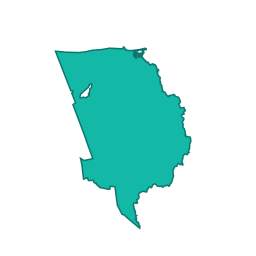 the district of Whakatane District, Bay of Plenty, New Zealand, rotated 339°
{"feature_id": "76426892B18513134445034", "entity_name": "Whakatane District", "entity_type": "district", "adm_level": 2, "iso_a3": "NZL", "parent_name": "New Zealand", "parent_adm1": "Bay of Plenty", "projection": "robinson", "projection_center": [176.996, -38.343], "detail": "fine", "context": "isolated", "style": "filled", "palette": "teal", "viewbox_px": 256, "rotation_deg": 339, "n_neighbors": 0, "source": "geoboundaries", "source_scale": "gbopen_adm2", "svg_char_len": 5743}
<svg xmlns="http://www.w3.org/2000/svg" viewBox="0 0 256 256"><g transform="rotate(339 128 128)"><path d="M103.0,225.7L103.3,225.3L104.0,223.7L103.4,222.3L104.0,220.2L103.6,219.6L102.7,219.2L102.8,217.1L102.1,216.2L102.9,216.1L103.4,215.7L103.6,215.2L103.3,213.9L103.7,213.4L104.6,213.0L104.1,212.6L103.9,212.0L104.3,210.9L104.4,209.8L104.8,209.2L105.0,207.2L104.4,206.6L105.1,205.2L104.9,204.0L105.0,203.5L105.5,202.9L105.4,202.3L105.5,201.3L106.0,200.7L107.6,200.2L108.7,201.4L110.0,201.3L110.3,200.7L110.0,199.6L110.3,199.0L110.2,198.3L110.8,197.9L111.5,198.1L112.6,197.7L113.8,196.1L113.5,195.3L113.8,194.8L113.8,194.0L114.8,193.1L115.5,193.0L116.7,192.4L118.1,192.6L118.9,192.3L119.5,192.5L120.5,193.4L121.4,193.5L122.0,194.3L122.5,194.4L124.1,192.2L125.2,191.9L126.1,190.8L127.8,190.8L128.3,192.1L128.6,192.2L130.9,189.9L132.5,189.6L133.6,190.3L134.5,192.7L136.8,194.0L138.4,194.3L139.2,195.7L139.7,195.7L141.4,195.0L143.1,195.5L144.3,195.4L144.6,195.7L144.9,196.7L145.3,197.0L145.8,196.9L148.0,194.9L148.9,194.8L150.8,192.4L151.3,191.4L152.9,189.8L153.5,188.5L153.7,186.4L154.2,185.7L154.5,184.5L155.7,182.5L156.8,182.0L157.5,180.9L158.3,180.8L159.2,181.2L159.8,181.2L160.5,180.6L161.5,179.3L162.5,179.0L163.1,180.2L163.7,180.9L164.8,180.5L165.2,180.6L165.5,180.9L165.4,182.0L165.9,182.2L166.2,181.6L166.4,178.9L166.9,177.8L168.5,175.7L169.1,174.1L170.7,173.1L171.9,172.6L172.3,172.7L173.1,173.8L173.9,174.0L175.2,172.8L176.4,172.7L176.4,172.4L175.9,171.8L176.3,170.8L178.0,169.5L179.9,165.0L181.4,163.7L181.6,162.9L182.1,162.5L182.2,161.6L182.6,160.6L182.7,159.1L182.5,158.5L180.7,157.7L179.9,156.8L179.1,156.7L178.7,155.6L178.9,155.2L179.4,155.0L179.6,153.1L180.1,152.0L180.2,148.7L179.8,147.8L179.7,146.6L180.9,144.2L180.6,143.5L180.7,142.7L181.3,141.5L183.2,140.0L183.5,139.1L183.1,138.2L182.4,137.2L182.3,136.2L182.7,135.3L183.7,134.7L184.8,135.2L185.5,134.9L185.5,133.0L185.9,132.8L187.6,132.4L187.8,131.3L187.7,130.6L187.3,129.8L187.6,128.9L185.4,128.4L184.6,128.5L183.9,127.8L184.2,125.9L183.9,123.8L184.1,123.5L185.3,123.3L185.6,122.8L186.5,122.0L186.3,121.0L186.5,120.3L186.4,119.4L186.2,118.7L186.4,118.0L186.1,117.4L183.9,115.7L183.5,114.9L183.3,113.8L182.8,113.0L181.8,113.2L180.1,112.9L179.4,113.0L178.2,112.4L178.1,112.5L177.5,113.3L176.5,112.8L176.5,112.2L175.8,111.0L175.4,109.5L175.6,108.9L175.5,108.4L175.0,107.8L174.2,106.6L173.3,106.4L173.0,105.9L174.0,105.0L173.9,103.7L174.2,103.0L173.9,102.6L174.2,101.8L174.6,101.5L174.7,100.5L174.6,99.8L174.3,99.5L174.3,99.2L173.8,98.8L174.4,97.8L174.4,97.1L174.9,96.8L174.8,94.5L176.0,93.2L175.8,92.7L176.0,92.2L176.0,91.7L175.4,90.8L175.2,90.1L174.8,89.9L175.1,87.8L175.5,87.3L175.6,86.8L175.2,85.5L177.0,85.5L177.0,85.2L177.4,84.9L177.2,84.2L176.1,83.1L176.1,82.6L176.3,82.1L176.1,81.5L176.4,81.1L176.1,80.2L176.3,79.9L175.9,78.6L175.6,78.2L174.3,78.2L174.1,77.7L174.2,76.9L171.9,76.9L171.9,77.2L171.0,77.2L171.0,76.6L170.4,75.9L170.7,74.9L170.6,73.9L169.9,73.7L169.5,73.9L169.2,73.8L168.7,72.8L168.7,72.0L168.3,71.8L168.4,71.2L168.0,70.8L167.8,70.1L167.0,69.2L167.1,68.8L167.4,68.6L167.4,68.4L166.3,67.4L166.7,66.7L166.7,65.5L167.1,65.3L167.1,65.0L167.6,65.2L168.0,64.8L167.4,63.1L166.6,63.1L166.4,63.0L166.3,62.7L166.1,62.9L166.2,63.2L166.3,63.1L166.2,63.4L165.7,63.3L165.3,62.8L164.9,63.1L164.9,64.1L165.4,64.4L165.5,64.8L165.4,65.3L165.5,65.4L165.4,66.0L165.1,65.6L165.1,65.1L164.8,64.8L164.2,65.4L164.1,65.9L163.4,65.8L163.5,65.4L164.0,64.9L164.3,64.4L164.1,63.9L163.7,64.2L163.4,64.2L163.7,64.0L164.2,63.2L164.3,62.1L164.0,62.4L163.3,62.4L162.9,62.6L163.0,63.1L162.5,62.5L162.1,62.7L161.9,62.4L161.1,62.1L161.1,62.4L160.8,62.5L160.9,63.5L161.3,64.0L161.4,63.9L161.6,64.7L160.8,64.3L160.8,64.9L160.4,65.0L160.2,65.3L160.3,65.4L160.3,65.5L160.2,65.4L160.3,65.0L160.1,64.7L159.9,65.1L160.0,63.2L159.2,63.0L159.5,62.5L159.2,62.1L159.2,61.8L159.4,61.5L160.1,61.5L160.3,61.0L160.6,60.3L160.2,59.8L160.5,59.1L160.8,59.1L161.0,58.8L161.3,59.2L161.7,59.1L162.0,58.4L162.0,58.8L162.7,59.2L163.0,58.7L163.4,58.7L163.9,58.9L164.3,59.4L165.1,59.2L166.2,59.2L168.1,59.9L168.9,60.5L173.2,61.3L173.4,60.7L173.1,60.1L172.2,59.6L167.2,59.0L159.6,57.1L159.4,57.2L158.7,56.8L156.4,55.9L153.9,54.4L153.8,54.2L154.2,53.8L154.1,53.6L154.1,53.8L153.8,53.7L153.3,53.3L153.4,52.7L153.6,52.6L153.7,52.4L153.3,52.0L153.3,51.6L153.1,51.5L153.1,51.1L152.8,51.2L152.7,51.3L152.6,50.9L152.4,50.9L151.9,52.1L150.5,51.8L139.5,46.9L131.9,45.4L122.3,42.6L114.8,41.5L108.8,39.8L97.2,35.0L87.8,30.3L88.0,72.6L89.0,73.2L89.9,73.9L88.7,74.9L88.7,75.4L88.3,75.0L88.0,75.2L88.1,85.7L85.0,86.4L84.7,124.2L84.5,125.4L84.2,144.0L75.3,142.6L72.8,139.3L71.9,145.1L68.2,159.8L72.3,160.0L72.2,162.3L72.4,163.0L77.2,164.6L76.6,166.4L77.7,167.9L78.7,168.3L78.3,169.4L79.1,170.6L79.0,170.8L80.3,172.7L80.1,173.3L88.5,178.6L88.7,178.4L89.5,178.3L89.6,177.5L90.3,176.5L90.4,176.0L94.8,178.1L90.4,196.3L91.5,206.4L93.5,208.1L95.2,211.8L103.0,225.7ZM107.1,73.9L109.3,73.4L109.9,74.4L108.1,77.4L106.6,77.6L105.1,80.4L104.5,80.8L104.1,81.9L103.7,81.9L103.9,82.2L103.8,82.4L103.9,82.6L103.4,82.8L103.5,83.0L103.5,83.6L103.0,83.4L102.8,83.6L102.8,83.8L102.4,83.9L102.5,84.0L101.8,84.0L101.0,84.5L99.4,84.5L99.4,84.3L98.1,83.9L97.2,83.1L94.4,83.0L94.0,82.1L95.8,79.5L105.7,75.7L106.5,74.6L107.5,74.3L107.6,74.0L107.1,74.0L107.1,73.9ZM169.8,61.8L169.5,61.8L169.2,62.0L169.4,62.0L169.3,62.3L169.2,62.1L169.2,62.3L168.7,62.3L168.8,62.2L168.2,62.0L168.7,62.5L168.5,63.2L168.0,63.4L168.1,64.0L168.4,64.1L168.6,63.8L168.9,62.9L169.2,63.7L169.9,63.4L169.9,62.1L169.8,61.9L169.7,62.0L169.5,61.9L169.8,61.8ZM161.5,59.7L161.0,59.8L160.9,60.1L161.1,60.3L161.2,60.1L161.5,60.1L161.8,60.8L162.4,60.5L162.5,61.0L163.1,60.8L163.3,61.4L163.6,61.1L163.4,60.8L162.7,60.2L161.5,59.7Z" fill="#14b8a6" stroke="#0f766e" stroke-width="1.5"/></g></svg>